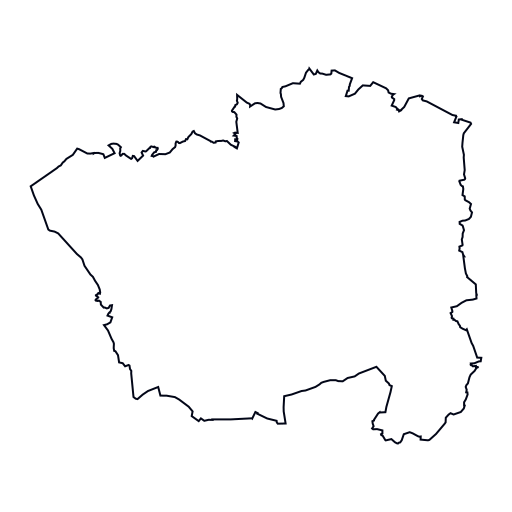 outline of Tarímbaro, Michoacán, Mexico
{"feature_id": "50627088B67720423022002", "entity_name": "Tarímbaro", "entity_type": "district", "adm_level": 2, "iso_a3": "MEX", "parent_name": "Mexico", "parent_adm1": "Michoacán", "projection": "robinson", "projection_center": [-101.153, 19.816], "detail": "fine", "context": "isolated", "style": "outline", "palette": "ink", "viewbox_px": 512, "rotation_deg": 0, "n_neighbors": 0, "source": "geoboundaries", "source_scale": "gbopen_adm2", "svg_char_len": 6024}
<svg xmlns="http://www.w3.org/2000/svg" viewBox="0 0 512 512"><path d="M461.6,302.8L466.4,300.3L472.8,299.6L476.5,298.5L476.3,295.0L476.8,294.8L476.2,293.1L475.8,284.4L467.1,277.1L467.3,276.2L465.9,273.5L464.9,268.3L463.3,256.1L464.1,256.2L463.1,254.6L462.4,252.1L459.2,250.6L459.6,248.6L459.4,246.6L462.4,245.4L462.6,244.9L461.8,239.4L462.6,237.0L462.7,233.5L464.0,230.2L462.8,226.1L462.5,225.5L459.7,223.9L459.6,221.9L462.5,220.7L465.2,220.5L468.9,219.0L470.9,216.8L472.0,212.4L470.5,210.6L469.7,208.6L471.0,204.0L469.0,202.2L465.3,200.2L464.8,199.6L464.7,196.4L462.5,195.1L463.3,189.0L462.9,186.4L462.0,186.1L460.7,184.9L459.3,181.2L459.5,180.7L464.3,179.7L464.9,179.2L465.2,178.3L464.0,174.4L464.7,170.1L463.7,157.5L463.9,154.8L462.2,146.7L462.5,142.6L463.3,135.1L463.8,133.3L471.1,123.9L470.5,122.6L461.4,119.6L461.5,119.2L458.8,119.5L458.3,123.0L454.1,122.3L456.4,116.6L455.8,116.2L455.9,115.7L452.4,115.0L426.7,101.4L422.8,100.4L421.8,99.0L422.9,96.4L421.7,95.7L419.9,96.3L419.7,95.4L408.8,98.4L404.2,107.0L401.0,110.0L401.1,110.3L399.1,111.4L398.7,110.2L398.9,110.0L398.4,109.6L398.1,110.0L397.1,109.7L397.5,109.0L395.7,107.0L391.7,105.6L394.2,100.2L394.2,99.1L391.9,97.5L391.8,96.6L393.0,94.7L393.9,94.1L391.0,93.7L388.6,92.5L388.1,90.3L386.1,88.3L373.2,82.2L370.2,85.9L362.8,85.4L358.4,89.4L354.9,93.7L348.7,96.4L345.8,96.1L347.5,90.7L348.7,90.7L349.0,86.9L349.7,85.9L349.8,84.4L352.1,78.2L339.1,72.9L334.9,70.4L331.6,70.6L331.3,73.6L330.4,74.4L326.1,74.8L322.3,73.6L320.2,73.5L318.4,72.2L317.3,70.5L315.8,73.9L313.8,74.5L309.3,68.5L309.0,69.6L308.3,69.8L306.0,72.7L304.3,77.8L303.2,79.9L300.8,81.8L299.9,83.7L292.9,83.2L285.5,86.3L282.4,87.0L281.7,88.3L280.8,88.9L280.5,93.0L280.9,94.1L281.1,96.8L283.5,103.1L283.8,106.3L281.8,108.0L279.1,109.0L275.2,109.5L266.0,107.0L260.5,103.5L257.5,103.0L255.0,103.3L250.1,106.5L250.2,105.1L249.5,103.8L246.8,102.6L237.1,94.9L237.2,99.0L236.9,100.7L237.7,102.8L236.9,104.3L235.3,105.1L235.1,106.6L234.6,106.7L231.9,110.7L232.0,111.4L232.9,112.0L234.3,112.1L236.5,114.6L236.4,116.8L237.2,118.4L236.3,121.8L237.7,132.9L235.1,132.6L234.2,133.0L235.5,133.8L233.8,135.6L236.6,136.0L236.8,137.5L236.6,138.3L237.4,138.8L237.2,139.8L235.2,139.4L235.1,141.1L237.6,141.5L238.7,142.5L236.9,148.4L234.7,147.1L235.0,146.7L230.9,144.8L226.9,141.0L225.4,141.3L223.1,140.5L221.4,140.9L218.1,141.0L215.8,141.4L215.6,142.5L213.7,142.8L211.7,141.6L210.8,141.6L210.5,141.1L199.9,135.4L196.8,134.5L195.0,133.3L193.8,131.0L192.6,131.6L191.3,134.1L188.4,137.0L187.3,139.3L186.0,139.1L185.1,141.0L182.8,141.6L179.9,143.1L178.9,143.0L178.1,142.1L176.9,141.5L176.3,141.6L175.6,143.4L175.6,145.5L175.1,147.1L172.6,149.1L169.8,152.5L165.4,154.2L159.1,154.0L153.5,156.6L153.2,156.2L151.7,155.9L152.1,154.9L154.2,152.3L156.0,151.8L156.2,150.3L156.9,150.2L157.8,148.8L157.6,147.9L156.3,147.9L154.3,146.7L154.0,147.2L151.2,146.4L150.4,146.9L150.0,148.0L149.4,148.1L146.1,151.3L145.5,151.5L142.8,150.9L141.6,152.5L143.1,155.6L137.6,160.9L134.1,156.1L132.8,155.9L132.1,158.2L131.1,158.9L126.0,155.5L124.3,153.9L122.6,153.9L121.3,155.5L120.6,155.8L120.2,155.5L119.6,153.2L120.3,150.9L120.2,148.4L120.9,147.2L118.0,144.6L116.5,143.9L113.5,143.6L111.3,143.9L108.6,145.4L112.3,148.8L114.6,153.2L104.8,157.9L103.4,154.3L103.0,154.1L98.4,152.9L94.5,153.0L93.7,153.5L93.7,153.0L90.4,153.6L87.3,153.5L79.1,149.2L77.2,148.6L72.8,154.9L66.4,158.9L64.3,161.4L62.8,162.5L60.8,165.4L58.6,166.5L56.9,168.1L30.7,186.3L33.9,195.4L37.7,203.9L41.3,209.7L48.3,229.5L49.8,230.6L54.6,231.6L58.2,233.4L76.9,254.0L81.0,257.5L82.4,259.4L84.5,265.8L90.4,274.5L92.9,276.8L95.0,280.7L97.9,285.0L99.7,289.4L100.2,292.5L99.9,293.7L98.4,293.0L97.6,293.8L97.6,294.4L95.9,295.2L95.9,295.6L98.2,297.3L97.4,298.4L95.9,299.4L95.5,300.1L95.8,300.6L97.8,301.0L98.9,300.6L100.7,301.9L100.9,304.6L103.7,307.6L104.7,307.5L106.8,308.4L108.6,307.9L110.0,305.5L112.0,305.2L111.4,309.1L110.6,311.4L109.7,312.2L109.7,312.7L109.1,312.8L108.3,313.8L107.5,315.6L112.2,317.3L110.4,322.4L107.1,324.3L104.0,325.1L108.0,330.5L111.5,338.7L113.5,342.3L113.9,343.8L113.7,348.1L114.2,350.9L115.4,351.2L118.0,355.2L119.1,362.4L122.7,363.2L125.1,366.3L128.6,365.0L129.5,365.6L130.0,369.0L131.3,370.9L131.2,373.4L133.5,397.0L135.7,398.7L137.5,399.1L142.7,394.6L148.0,391.0L158.2,387.0L160.4,395.6L166.7,395.7L174.9,397.1L179.1,399.5L188.7,406.7L192.6,411.4L191.7,416.1L198.7,421.1L200.9,418.4L204.3,420.8L208.6,419.8L212.5,419.9L212.4,419.4L230.8,419.4L251.9,418.3L252.2,418.6L255.4,412.0L257.6,413.1L257.3,413.7L267.2,418.5L276.6,420.8L276.8,422.4L277.8,423.7L285.6,423.5L283.7,411.5L283.6,407.2L284.2,396.2L291.6,394.5L301.6,391.0L305.5,390.5L315.5,386.9L319.5,384.4L321.3,382.8L323.7,381.9L330.2,380.2L335.8,380.2L338.2,381.1L342.7,381.3L347.6,378.0L354.7,376.4L358.9,373.5L376.4,366.8L384.8,375.9L385.8,380.7L388.9,383.5L389.5,385.1L391.8,386.1L390.5,392.1L386.4,406.8L385.4,412.2L379.9,412.5L379.8,412.2L378.1,413.5L374.0,419.8L374.0,420.5L372.4,421.2L372.7,423.5L373.6,426.2L372.1,428.5L373.2,429.3L377.0,429.1L382.4,430.4L382.4,433.4L381.0,434.2L381.3,435.1L382.7,435.7L385.3,440.1L385.7,440.4L391.4,439.1L395.0,442.3L397.1,443.4L398.0,443.5L398.6,442.8L400.2,442.4L401.7,440.3L403.8,434.2L409.7,432.2L412.6,433.3L417.9,436.2L419.3,436.7L420.7,436.5L420.6,439.6L428.0,440.3L429.4,439.9L436.0,434.0L444.6,423.8L445.6,422.4L445.8,417.7L448.6,414.6L450.5,413.2L453.6,414.5L460.8,412.0L463.8,408.5L464.7,405.6L464.1,405.5L464.1,402.2L465.8,399.4L467.6,394.5L467.4,392.4L466.2,392.3L466.7,389.8L465.7,386.9L466.4,385.1L467.9,383.4L469.5,377.2L470.7,374.6L474.6,370.9L476.4,368.0L478.5,367.0L475.9,367.0L475.9,365.9L472.9,366.3L472.3,365.6L471.0,365.2L470.7,364.8L471.0,364.5L470.8,363.5L474.3,363.3L478.9,361.4L480.7,361.3L481.3,357.8L477.2,357.6L473.2,345.9L471.6,343.0L466.8,329.3L466.0,330.2L462.6,328.7L460.2,327.2L459.9,325.7L458.7,324.2L457.4,321.3L455.9,321.0L454.5,319.8L453.4,319.8L453.4,318.6L451.9,318.3L451.6,317.8L452.0,316.1L450.6,313.1L452.3,312.0L452.4,311.2L451.3,307.5L456.9,306.2L461.6,302.8Z" fill="none" stroke="#020617" stroke-width="2"/></svg>